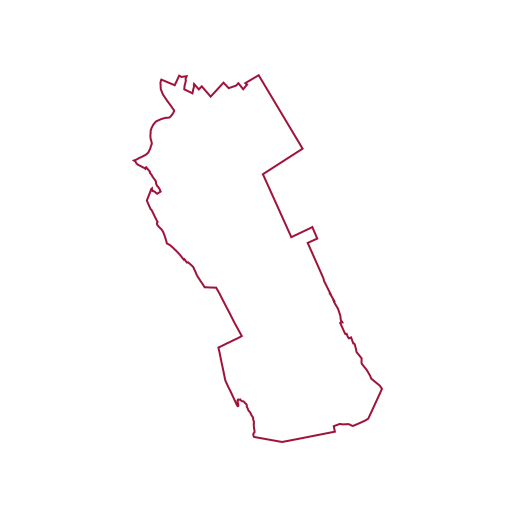 Calopar, Dolj, Romania (Natural Earth projection), rotated 232°
{"feature_id": "2599482B22631424246378", "entity_name": "Calopar", "entity_type": "district", "adm_level": 2, "iso_a3": "ROU", "parent_name": "Romania", "parent_adm1": "Dolj", "projection": "natural_earth1", "projection_center": [23.749, 44.163], "detail": "fine", "context": "isolated", "style": "outline", "palette": "rose", "viewbox_px": 512, "rotation_deg": 232, "n_neighbors": 0, "source": "geoboundaries", "source_scale": "gbopen_adm2", "svg_char_len": 4800}
<svg xmlns="http://www.w3.org/2000/svg" viewBox="0 0 512 512"><g transform="rotate(232 256 256)"><path d="M402.6,345.0L405.1,337.8L412.6,337.1L409.5,318.4L423.1,317.7L422.5,313.5L429.7,313.1L429.0,312.2L428.2,312.2L425.9,309.1L423.3,306.1L431.5,302.1L434.0,304.4L435.0,305.7L436.0,307.0L437.3,308.6L438.8,309.5L439.5,310.3L440.4,312.0L443.0,307.5L445.4,306.5L440.6,297.1L453.3,290.0L453.1,289.6L451.4,287.4L446.1,283.7L443.4,282.9L440.8,282.1L433.7,281.6L426.8,281.4L424.0,281.2L421.2,281.1L420.6,280.7L420.5,280.3L419.9,279.3L419.4,278.1L418.6,275.2L418.4,273.1L419.2,271.7L420.7,269.5L422.1,266.0L423.0,262.6L423.6,259.9L422.8,256.2L421.3,252.7L419.5,250.0L417.9,248.8L415.8,246.8L413.2,245.1L411.5,244.5L408.8,243.2L408.5,242.9L407.2,240.7L405.9,239.0L404.1,235.4L403.8,234.6L403.6,231.6L404.2,228.3L404.6,226.2L405.2,224.1L405.4,222.1L405.9,220.0L406.4,218.6L406.0,218.7L405.4,219.2L403.6,219.0L402.5,218.8L401.4,219.0L400.7,219.1L400.2,219.4L399.0,219.9L397.8,220.5L395.5,221.5L394.8,221.9L393.8,222.3L393.2,222.4L392.7,222.5L392.9,223.2L393.4,223.8L394.3,224.2L392.3,224.1L391.0,224.2L390.0,224.2L389.9,224.2L389.6,224.2L388.7,224.3L388.3,224.3L387.8,224.3L387.3,224.1L387.0,223.8L386.9,223.6L386.4,223.6L384.8,223.7L383.0,223.5L382.6,223.4L382.2,223.3L381.6,223.3L380.9,223.3L379.9,223.2L378.0,223.2L377.1,223.1L376.5,223.0L375.8,222.7L375.2,222.2L374.6,221.9L373.5,221.5L372.1,221.4L371.6,221.2L370.9,221.4L370.0,221.4L368.2,221.2L367.8,221.2L367.1,220.9L366.4,220.7L365.5,220.5L365.9,216.4L367.7,216.0L368.9,215.8L369.5,215.5L370.1,215.3L370.4,214.8L370.9,214.5L371.6,214.4L371.8,214.6L371.9,214.9L372.5,215.2L373.1,215.2L373.3,215.4L373.3,214.7L372.0,212.7L369.0,207.6L366.9,204.1L357.9,201.8L357.1,202.0L356.4,202.0L352.9,201.3L348.4,200.3L343.4,199.4L343.2,198.9L342.9,198.2L342.3,197.7L341.4,197.4L339.5,197.4L337.3,197.6L335.2,197.9L332.4,197.7L329.2,196.8L325.9,195.6L323.1,194.6L320.9,193.5L317.6,194.9L314.1,195.6L309.3,196.3L304.5,196.8L299.9,196.8L298.1,196.9L297.5,196.9L297.6,197.6L296.8,197.6L296.1,197.6L295.1,197.5L294.4,197.5L293.8,197.5L293.4,197.5L293.2,197.6L293.1,197.9L293.0,198.3L292.9,198.6L292.7,198.7L291.7,198.8L290.4,199.1L286.7,199.7L286.0,199.7L285.6,199.7L284.6,199.4L282.5,198.9L281.0,198.6L279.6,198.2L278.1,197.8L276.9,197.5L275.7,197.4L274.0,197.2L272.4,197.1L270.5,196.9L268.6,196.8L265.9,196.6L264.1,196.4L262.9,196.3L262.1,197.4L260.7,199.0L258.7,201.3L257.8,202.5L256.7,203.7L256.2,204.4L255.8,204.8L255.6,205.1L252.2,204.6L249.8,204.3L243.8,203.1L236.4,201.7L226.6,199.9L216.5,197.9L209.6,196.8L201.7,195.5L201.8,194.4L202.1,192.9L202.4,191.2L203.0,188.5L203.5,186.4L204.3,182.4L205.1,179.0L206.5,172.1L207.0,170.0L201.6,167.5L199.6,166.4L198.3,165.8L193.5,163.4L184.4,159.0L182.1,157.8L179.7,156.6L178.3,155.9L176.4,155.1L175.2,154.8L172.5,154.2L170.4,153.7L169.3,153.4L167.5,153.1L166.1,152.8L165.1,152.6L160.7,151.6L157.0,150.7L153.4,149.9L151.2,149.4L150.1,149.2L149.0,149.1L148.8,149.2L148.7,149.5L148.8,149.8L149.3,150.2L152.3,151.8L153.3,152.3L153.6,152.5L153.7,152.9L153.6,153.1L153.8,153.2L153.9,153.6L153.3,154.0L152.6,154.9L152.6,155.2L151.7,155.2L150.8,155.4L150.2,155.6L149.7,156.0L149.4,156.4L149.2,156.5L148.8,156.7L148.2,156.9L147.6,156.9L147.3,156.8L147.1,156.7L146.8,156.8L146.4,157.0L145.7,157.0L145.3,157.1L144.8,157.1L144.3,157.0L143.9,156.7L143.5,156.4L143.0,156.1L142.5,155.9L142.1,155.8L140.9,155.6L140.0,155.3L139.3,155.0L138.9,155.0L138.0,155.0L136.6,155.1L135.6,155.0L135.1,154.9L134.6,154.7L134.4,154.6L133.7,154.5L132.7,154.4L131.0,154.2L130.5,154.2L130.1,154.0L129.8,153.7L129.0,153.2L128.5,152.9L127.9,152.8L127.3,152.6L126.8,152.4L126.6,152.2L126.4,151.9L125.8,151.7L125.6,151.5L125.4,151.3L125.0,150.8L124.3,150.4L124.1,150.1L122.7,149.2L121.8,148.6L121.1,148.1L119.9,147.7L118.8,146.9L118.0,146.3L117.8,145.2L117.7,144.8L117.3,144.2L116.8,143.9L116.4,143.6L116.1,143.5L114.9,142.9L115.1,142.6L93.9,161.6L92.9,162.8L92.8,163.2L85.3,177.8L79.2,189.9L69.0,210.0L74.0,212.5L72.1,218.6L69.9,220.7L66.5,225.5L62.9,227.3L62.4,227.9L60.7,234.0L59.2,240.3L58.7,244.2L61.2,249.2L69.6,265.5L73.8,273.5L77.7,273.7L88.4,271.3L91.4,272.2L97.9,273.1L106.0,273.0L106.9,273.4L110.3,276.2L118.5,276.1L120.9,277.4L125.5,279.4L126.7,279.4L127.2,278.8L133.3,280.8L133.8,278.6L135.5,278.5L138.9,279.5L139.4,278.4L140.4,278.5L144.8,279.5L146.5,280.0L151.4,281.1L151.5,281.5L151.1,282.4L150.5,283.2L151.4,283.4L152.5,283.1L154.2,283.9L155.1,284.5L156.8,285.6L163.8,288.1L165.3,288.3L171.4,289.1L173.0,289.6L172.6,290.0L173.2,290.1L179.6,291.0L180.2,291.0L180.0,291.3L194.6,294.3L196.9,295.4L234.5,304.8L232.0,315.0L244.2,318.2L244.5,316.0L246.6,306.7L249.1,295.4L249.3,295.5L316.2,311.8L311.9,358.8L396.8,369.4L398.8,354.0L396.6,354.5L395.3,348.6L403.0,348.5L402.5,345.3L402.6,345.0Z" fill="none" stroke="#9f1239" stroke-width="2"/></g></svg>